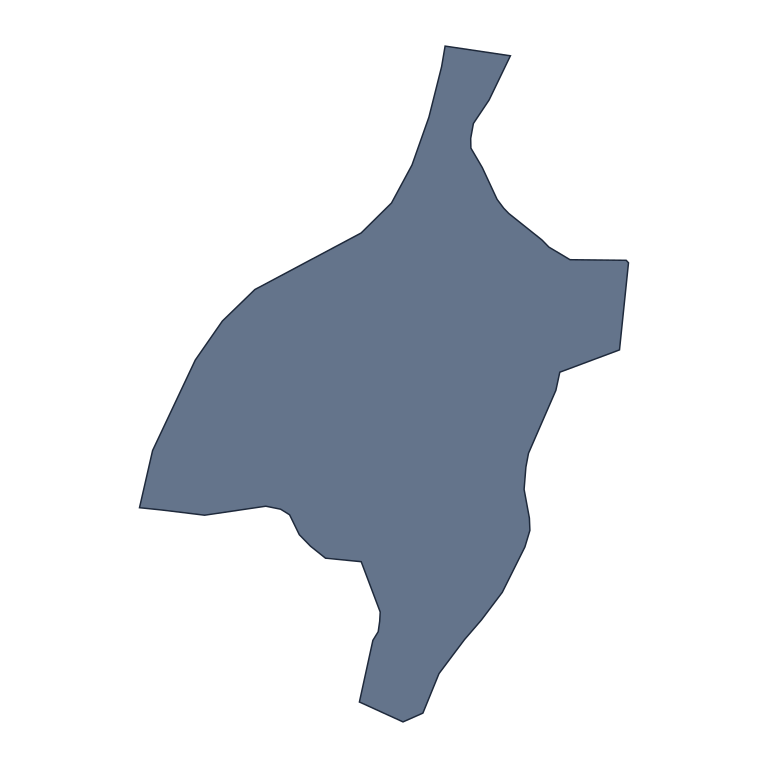 the border of Pemagatsel
{"feature_id": "BTN-2491", "entity_name": "Pemagatsel", "entity_type": "District", "adm_level": 1, "iso_a3": "BTN", "parent_name": "Bhutan", "parent_adm1": "", "projection": "equal_earth", "projection_center": [91.365, 27.001], "detail": "fine", "context": "isolated", "style": "filled", "palette": "slate", "viewbox_px": 768, "rotation_deg": 0, "n_neighbors": 0, "source": "natural_earth", "source_scale": "10m", "svg_char_len": 800}
<svg xmlns="http://www.w3.org/2000/svg" viewBox="0 0 768 768"><path d="M445.1,46.1L510.4,55.8L489.1,100.0L473.4,123.5L470.7,138.4L470.9,148.1L482.3,167.6L497.1,199.4L503.7,208.2L508.8,213.5L542.1,240.1L548.9,247.1L570.0,259.7L626.2,260.3L628.5,262.8L619.5,349.9L559.8,372.2L555.9,390.3L528.5,453.3L525.9,467.1L524.1,489.4L529.4,518.1L529.9,530.4L524.9,547.0L502.3,592.3L481.4,620.0L464.5,639.6L452.4,655.7L439.0,673.6L422.9,713.1L403.0,721.9L359.4,702.0L372.9,640.3L378.2,631.7L379.7,621.2L380.2,612.0L361.2,561.7L325.5,558.2L310.5,546.2L299.3,534.7L289.6,514.8L280.6,509.2L265.8,506.2L204.6,515.2L160.9,509.9L139.5,507.7L152.6,450.5L195.3,360.0L222.4,321.0L254.9,289.5L361.1,233.0L391.5,203.0L412.0,165.0L428.9,117.2L441.6,66.7L445.1,46.1Z" fill="#64748b" stroke="#1e293b" stroke-width="1.5"/></svg>